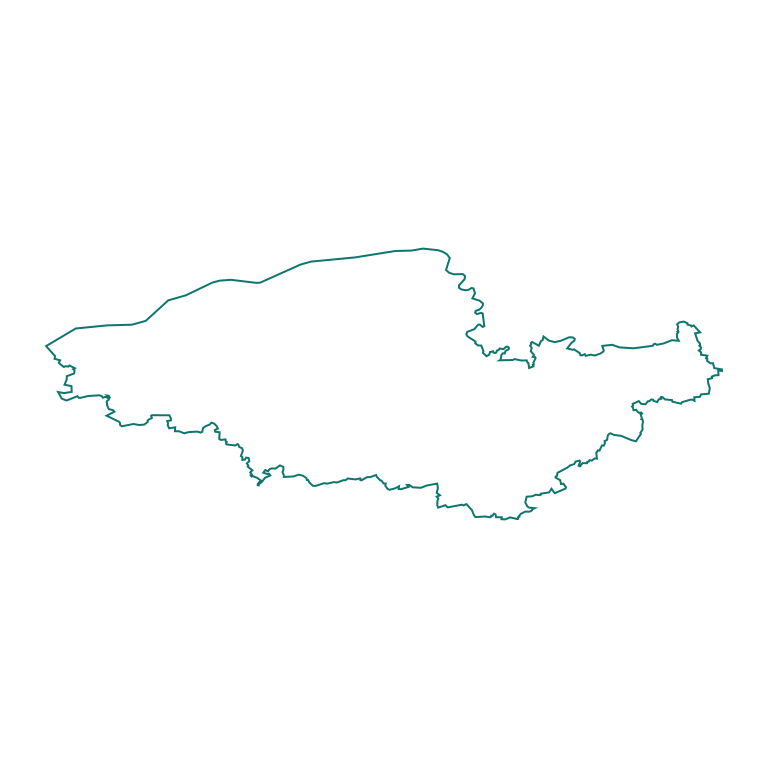 the district of Adare-Rathkeale Lea-6, Limerick, Ireland
{"feature_id": "5873133B54360294204800", "entity_name": "Adare-Rathkeale Lea-6", "entity_type": "district", "adm_level": 2, "iso_a3": "IRL", "parent_name": "Ireland", "parent_adm1": "Limerick", "projection": "equal_earth", "projection_center": [-8.823, 52.558], "detail": "fine", "context": "isolated", "style": "outline", "palette": "teal", "viewbox_px": 768, "rotation_deg": 0, "n_neighbors": 0, "source": "geoboundaries", "source_scale": "gbopen_adm2", "svg_char_len": 6097}
<svg xmlns="http://www.w3.org/2000/svg" viewBox="0 0 768 768"><path d="M46.1,346.1L55.0,356.0L54.6,358.8L60.1,360.3L58.8,362.7L61.2,365.0L63.9,367.0L65.4,366.2L68.3,366.6L69.4,365.5L74.8,368.2L73.2,369.2L74.6,370.2L74.1,373.5L66.8,376.2L66.7,379.6L64.5,384.7L71.5,386.1L71.7,391.9L63.9,393.1L58.1,392.0L61.7,398.6L66.5,400.5L77.4,396.2L78.8,397.8L80.2,397.9L88.3,396.0L99.1,395.3L101.7,396.0L102.9,397.7L105.4,396.8L107.3,397.7L108.0,396.9L107.4,396.7L108.6,396.4L107.6,395.6L108.8,395.8L109.7,397.7L108.7,398.3L108.8,399.6L107.1,401.0L106.6,402.5L107.3,404.2L106.9,404.9L108.8,409.1L113.1,410.2L114.4,411.7L106.6,415.7L119.1,421.8L119.8,422.5L120.2,425.1L121.8,426.3L133.4,424.0L139.2,425.0L144.2,424.6L147.7,422.0L147.6,420.7L148.6,419.6L151.9,418.0L151.1,415.8L152.0,415.2L169.4,415.3L170.9,418.5L170.9,420.4L167.2,421.1L168.0,423.2L167.7,424.9L169.1,428.3L175.2,427.3L174.9,431.2L179.2,431.3L184.3,433.3L188.8,432.1L197.2,431.6L200.8,432.6L202.2,431.8L203.0,428.1L205.6,426.2L209.6,424.6L211.4,422.7L214.2,423.6L216.8,426.3L217.9,428.6L214.9,430.0L215.2,431.7L219.6,432.3L219.2,438.9L220.8,439.9L225.5,439.4L225.9,441.6L226.7,442.0L226.0,443.3L226.5,444.4L235.3,445.5L237.5,444.1L238.3,444.6L239.2,446.9L242.1,448.3L242.9,450.4L240.9,456.1L242.4,457.2L242.4,459.9L244.9,459.6L246.1,457.6L248.6,458.0L249.3,461.1L246.8,463.4L248.3,465.5L247.7,466.6L252.4,470.3L250.2,472.4L252.4,475.3L250.8,475.5L251.6,476.6L252.8,476.1L256.8,477.7L260.8,480.4L257.7,484.1L257.8,485.2L258.7,485.4L259.0,484.1L262.0,481.8L265.1,477.7L270.3,475.5L269.2,473.9L267.3,474.0L263.3,472.7L265.3,470.0L268.0,471.4L269.6,469.2L271.8,468.4L275.4,468.6L280.0,465.4L283.3,466.9L283.4,469.6L282.5,472.3L283.8,475.1L283.8,476.9L293.3,476.5L298.8,474.7L303.0,475.7L306.5,478.2L306.8,480.0L308.2,480.1L309.2,482.3L312.8,485.8L315.7,485.9L323.9,483.2L327.5,483.6L333.8,482.1L337.0,482.5L343.3,480.2L345.6,480.2L347.8,478.5L355.4,479.4L360.0,478.4L360.5,478.6L360.3,480.0L361.3,480.4L367.2,477.1L370.3,477.1L376.1,475.0L376.8,476.8L380.0,480.1L381.5,480.7L383.6,483.4L385.7,483.6L385.3,485.7L387.4,488.7L389.4,489.8L394.9,488.4L399.0,486.3L398.6,489.0L401.1,489.2L408.6,486.9L407.1,485.0L409.3,484.9L412.6,487.3L420.9,487.8L426.8,485.5L437.2,483.6L437.9,488.1L436.7,492.8L439.9,495.3L436.7,496.6L438.3,498.5L437.4,501.1L437.3,505.5L438.2,507.6L445.4,505.2L447.7,507.4L461.9,504.7L463.6,505.4L466.4,504.1L471.9,510.1L474.0,515.3L475.4,517.1L485.3,516.5L490.0,517.3L491.5,516.4L491.3,515.7L492.7,515.5L493.9,513.7L495.5,514.4L496.1,517.2L501.8,517.3L501.5,519.2L505.2,519.4L510.1,517.4L517.6,519.1L518.2,518.8L517.9,517.5L519.2,516.8L518.8,516.4L520.7,513.9L525.3,511.6L529.3,511.7L531.5,510.8L532.6,509.1L534.6,508.2L529.0,507.6L527.3,506.4L525.3,502.4L526.6,496.7L532.1,496.3L535.9,494.7L539.7,495.2L540.9,494.6L540.8,493.7L549.2,492.4L551.5,488.8L554.7,493.2L565.5,488.6L566.0,487.2L563.4,483.7L561.0,484.0L560.2,480.2L555.6,477.6L555.7,476.5L557.0,475.8L557.5,472.8L567.5,467.5L570.1,465.4L574.2,464.1L575.7,461.5L579.6,460.6L580.2,461.8L578.6,465.7L580.0,466.3L582.6,463.1L587.0,463.2L587.3,461.8L588.7,461.7L589.5,460.2L591.6,460.6L594.8,458.4L596.9,458.6L596.3,452.7L598.0,450.3L599.5,450.6L601.9,445.5L603.9,445.5L604.9,443.2L604.6,441.0L607.1,439.9L607.8,435.5L608.7,434.2L610.4,433.3L614.3,435.0L621.1,435.8L631.0,440.0L635.9,441.3L640.9,434.0L640.4,432.8L642.6,429.4L642.3,425.5L643.0,421.8L642.5,419.6L641.4,419.2L641.9,418.5L640.7,414.5L642.1,413.6L641.1,412.5L639.4,412.9L638.0,412.1L636.1,409.8L633.5,410.2L633.0,407.8L632.0,406.5L633.1,405.7L632.7,403.9L638.8,401.1L641.1,403.8L645.5,404.3L647.8,401.3L649.0,401.3L651.3,399.5L653.0,399.6L653.7,401.0L657.2,402.0L658.7,399.4L661.2,398.8L660.6,397.5L661.1,397.0L662.7,397.2L664.9,399.4L672.0,400.1L672.4,401.7L681.1,403.7L682.0,402.2L690.3,399.7L692.4,399.7L694.5,400.8L694.3,397.3L700.0,396.8L701.0,394.4L708.8,393.7L709.8,388.2L708.3,383.5L707.8,379.2L712.1,378.2L711.8,376.6L715.0,375.3L718.5,375.2L718.2,370.4L721.9,371.0L721.9,369.4L714.3,368.1L713.0,363.2L710.5,363.3L707.1,360.9L707.3,358.5L706.1,358.3L707.3,355.7L701.0,354.7L701.2,352.5L698.8,350.5L700.6,349.2L701.1,347.6L699.5,345.9L700.2,345.5L699.9,343.4L697.5,340.7L695.1,333.3L700.1,332.4L693.7,325.4L691.5,326.5L691.0,325.5L687.5,324.6L687.5,323.2L683.7,321.6L679.3,322.4L677.1,324.3L678.2,326.7L677.6,329.2L678.4,331.6L677.5,331.9L678.0,332.6L676.9,334.1L677.1,337.7L678.8,340.8L671.9,340.2L663.8,343.4L656.9,344.8L655.0,343.7L653.5,344.4L653.2,345.5L651.3,346.0L633.5,348.3L619.5,347.4L612.2,344.8L602.3,345.9L603.8,350.5L603.4,351.5L600.3,353.6L594.8,355.5L590.9,354.7L585.7,355.8L584.8,354.2L582.3,355.3L580.4,355.2L579.9,353.2L574.0,349.4L572.9,349.8L567.2,348.4L571.3,343.1L574.4,340.6L574.8,338.9L572.7,337.4L569.0,337.3L560.8,340.8L554.8,342.1L549.1,340.7L543.5,336.5L542.6,340.2L540.9,341.1L538.9,345.7L532.1,342.0L531.0,342.8L531.1,344.2L530.2,345.6L531.7,348.0L530.8,351.2L534.0,355.0L532.8,356.8L535.2,357.1L535.6,358.1L533.4,362.8L533.8,364.5L532.9,364.8L533.4,366.4L529.1,368.0L528.4,363.1L527.3,362.3L526.7,360.4L521.4,360.5L514.5,359.1L512.6,360.0L499.7,360.3L500.6,359.7L501.5,354.6L503.1,353.2L504.7,353.5L505.6,350.8L508.6,349.4L508.9,348.0L507.9,346.8L506.3,346.6L503.5,349.1L499.6,348.5L498.6,350.0L496.8,350.7L496.3,352.6L495.6,352.9L493.5,352.7L493.1,351.3L490.0,352.1L489.3,354.6L486.5,356.2L483.0,352.9L483.4,351.2L481.3,345.6L477.9,345.4L475.2,343.2L475.6,341.6L467.4,336.3L466.3,334.3L467.2,331.9L474.3,329.2L478.1,324.7L480.0,324.7L482.5,326.9L484.3,326.2L482.7,313.5L481.0,312.9L476.9,314.1L475.1,312.6L475.7,310.8L479.0,309.8L481.3,307.8L482.9,305.2L482.9,303.3L479.4,300.6L472.4,298.4L475.0,293.3L473.5,288.4L471.5,288.0L468.5,289.8L465.6,290.3L461.4,289.4L459.0,287.8L459.0,285.3L464.6,279.2L465.0,276.0L462.8,274.1L453.8,274.3L449.1,272.7L446.0,270.0L449.8,258.1L447.0,254.3L442.8,251.8L438.0,250.2L423.0,248.6L411.2,250.6L395.2,251.0L355.2,257.4L311.0,261.6L300.4,264.6L260.3,282.6L256.6,282.9L230.9,279.8L220.0,280.6L212.6,282.5L185.9,295.3L168.2,300.4L145.7,320.9L131.9,324.7L107.0,325.4L75.7,328.5L46.1,346.1Z" fill="none" stroke="#0f766e" stroke-width="2"/></svg>